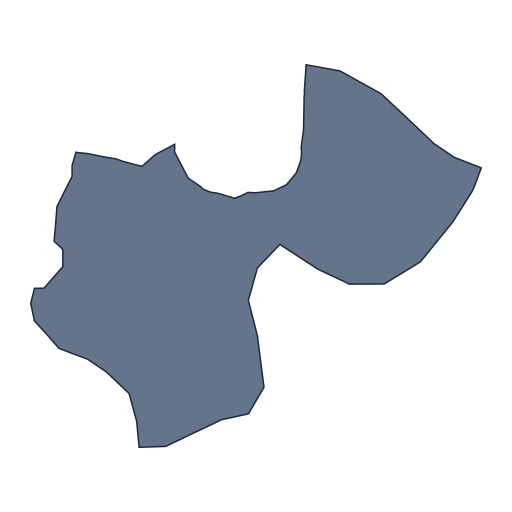 outline of Khawlan, Sana'a, Yemen
{"feature_id": "15242507B89574765646204", "entity_name": "Khawlan", "entity_type": "district", "adm_level": 2, "iso_a3": "YEM", "parent_name": "Yemen", "parent_adm1": "Sana'a", "projection": "natural_earth1", "projection_center": [44.722, 15.275], "detail": "fine", "context": "isolated", "style": "filled", "palette": "slate", "viewbox_px": 512, "rotation_deg": 0, "n_neighbors": 0, "source": "geoboundaries", "source_scale": "gbopen_adm2", "svg_char_len": 1809}
<svg xmlns="http://www.w3.org/2000/svg" viewBox="0 0 512 512"><path d="M129.2,394.0L136.7,421.5L139.1,447.3L165.7,446.4L165.9,446.3L193.4,433.1L198.2,430.9L221.3,419.8L248.5,413.8L261.5,391.5L264.0,387.3L262.4,375.0L259.8,354.6L257.4,335.7L254.7,325.1L254.5,324.4L253.6,320.6L248.3,300.4L251.8,288.0L257.4,268.0L260.2,265.0L274.4,250.2L279.9,244.5L310.2,264.2L318.2,269.4L342.9,281.0L349.2,284.1L384.2,284.0L391.9,279.3L420.4,261.9L428.8,251.5L452.7,222.1L459.7,211.1L463.7,204.8L468.9,196.4L471.5,192.5L473.9,187.7L481.3,167.9L454.2,157.3L434.1,143.7L405.0,116.1L386.8,99.1L381.2,93.8L340.1,71.0L336.6,70.3L307.9,65.1L306.1,64.7L306.1,65.2L304.4,90.3L304.4,95.5L304.1,95.8L304.1,99.7L303.7,119.8L303.7,123.1L303.5,130.2L301.2,146.9L301.5,151.2L301.5,154.9L300.7,160.6L299.6,163.8L297.2,170.5L295.9,173.4L286.5,184.7L278.6,188.5L273.9,190.8L255.1,192.8L247.9,192.4L246.8,193.0L243.9,194.4L240.8,195.9L237.5,197.2L234.3,198.3L231.9,197.5L231.7,197.4L228.9,196.6L225.8,195.7L222.9,194.7L219.8,193.8L217.3,193.2L217.0,193.1L213.7,192.7L210.6,192.1L207.4,191.0L204.5,189.7L202.0,188.3L201.1,186.9L188.3,178.3L180.2,162.8L174.6,152.0L174.7,144.3L155.2,154.6L142.0,166.4L122.9,161.4L116.5,159.0L109.7,157.8L109.1,157.7L107.6,157.5L104.3,156.9L102.7,156.6L93.7,154.8L88.4,153.7L79.2,152.7L75.9,152.3L75.9,152.6L75.1,155.0L73.3,161.3L72.1,165.5L72.1,176.3L71.7,177.2L69.0,182.4L67.3,185.9L64.4,191.6L57.0,206.4L56.2,216.9L55.5,225.3L55.4,226.9L54.1,241.3L61.3,248.0L62.8,249.5L62.8,251.3L62.8,255.9L62.8,260.4L62.8,266.7L56.9,273.4L54.5,276.1L48.3,283.3L43.9,288.2L34.5,288.3L30.7,303.3L31.6,307.5L34.4,320.9L39.2,326.2L45.9,333.4L50.4,338.6L59.1,348.5L70.7,352.9L80.2,356.4L87.5,359.2L90.8,361.4L106.4,372.0L127.4,391.9L129.1,393.5L129.2,393.8L129.2,394.0Z" fill="#64748b" stroke="#1e293b" stroke-width="1.5"/></svg>